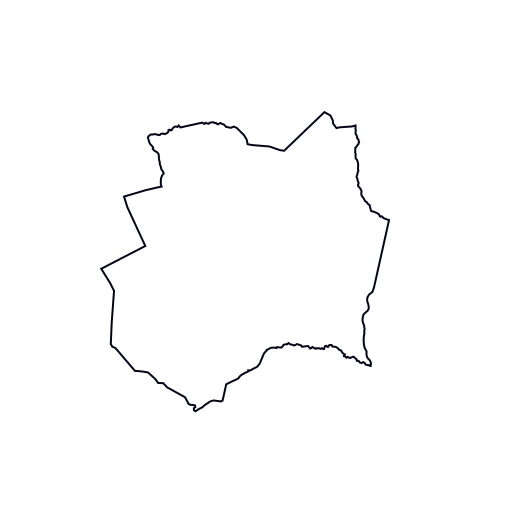 San Sebastián Río Hondo, Oaxaca, Mexico (orthographic projection), rotated 306°
{"feature_id": "50627088B23395103258553", "entity_name": "San Sebastián Río Hondo", "entity_type": "district", "adm_level": 2, "iso_a3": "MEX", "parent_name": "Mexico", "parent_adm1": "Oaxaca", "projection": "orthographic", "projection_center": [-96.416, 16.202], "detail": "fine", "context": "isolated", "style": "outline", "palette": "ink", "viewbox_px": 512, "rotation_deg": 306, "n_neighbors": 0, "source": "geoboundaries", "source_scale": "gbopen_adm2", "svg_char_len": 5072}
<svg xmlns="http://www.w3.org/2000/svg" viewBox="0 0 512 512"><g transform="rotate(306 256 256)"><path d="M412.6,226.8L383.3,221.5L357.7,216.9L355.8,213.4L352.5,202.5L343.5,187.7L341.5,183.5L344.7,180.0L346.7,175.4L348.3,165.2L347.7,162.0L344.9,160.3L342.9,155.9L343.5,152.6L342.9,150.8L342.8,149.3L342.2,148.7L340.3,147.9L339.9,147.1L340.1,145.3L339.5,144.9L339.2,144.0L339.3,143.4L338.8,142.4L336.6,140.2L335.0,139.9L334.0,136.8L332.5,136.6L332.2,134.0L315.6,119.3L316.1,116.7L314.2,116.6L313.9,115.8L313.7,115.1L313.3,114.6L312.7,114.3L312.4,114.1L310.7,113.6L310.3,113.6L309.9,113.6L309.3,113.6L308.2,113.8L307.6,113.3L307.6,112.5L307.2,111.6L306.3,111.2L305.8,111.6L305.4,111.9L304.5,112.1L303.2,111.8L302.8,111.6L302.0,111.2L300.7,110.1L300.5,109.1L300.0,108.3L299.0,107.4L298.6,107.2L298.0,107.1L297.3,107.0L296.8,106.5L296.5,106.0L295.8,103.8L295.7,103.5L295.6,103.2L294.7,102.2L294.0,101.3L293.3,100.8L292.9,100.0L292.3,99.4L291.3,99.1L289.8,98.6L288.4,98.9L287.0,100.6L285.3,102.8L284.4,104.4L283.9,107.1L283.3,109.1L281.9,109.6L281.6,110.9L281.5,112.5L281.8,115.3L281.2,117.2L279.6,118.8L278.0,120.0L276.6,121.3L275.3,123.1L273.8,124.1L273.0,125.5L272.0,126.8L271.0,127.8L270.2,129.4L269.8,130.8L268.6,132.8L265.9,132.7L262.8,133.6L260.4,135.1L257.9,137.0L256.7,138.8L252.4,135.0L244.2,127.9L237.4,122.7L231.2,117.9L226.5,114.3L219.9,123.2L206.9,146.4L199.0,160.6L197.9,160.0L174.1,148.0L173.0,147.5L170.9,146.5L167.9,144.9L154.7,138.3L148.0,154.8L148.0,154.6L144.4,161.6L117.0,178.6L99.4,190.3L99.1,191.1L98.2,192.8L98.9,196.4L91.9,225.6L93.2,227.6L94.5,229.8L95.8,232.1L97.5,235.4L98.2,236.9L98.1,239.5L97.6,243.8L97.3,246.5L96.4,249.7L95.7,251.3L97.4,253.9L98.7,256.0L98.3,256.7L98.1,258.7L97.5,261.2L100.0,281.6L99.1,283.6L98.4,285.0L97.7,286.4L96.7,288.5L96.9,289.5L97.1,290.6L98.1,291.9L98.9,293.6L99.3,294.5L98.2,295.7L96.3,295.2L94.7,296.5L94.8,298.2L99.4,300.1L102.0,301.5L105.4,302.2L111.7,304.6L114.2,306.6L117.8,313.2L119.5,313.9L127.9,310.3L134.7,307.3L141.3,310.8L142.3,311.4L143.4,312.0L144.9,312.8L146.3,313.5L146.5,313.6L147.8,313.6L149.0,313.7L150.5,313.9L152.3,314.6L153.1,315.1L153.3,315.0L153.8,315.3L155.5,316.1L157.1,317.1L158.5,317.7L159.0,317.0L160.4,318.9L162.7,319.8L166.3,321.7L167.4,322.1L169.9,322.2L170.9,322.3L172.3,322.0L174.7,321.4L176.9,320.9L179.3,320.3L182.0,319.7L186.3,320.2L186.5,319.9L188.5,321.1L190.2,321.8L191.5,323.2L193.2,325.5L193.4,326.5L194.7,326.6L195.3,327.9L196.9,330.4L197.3,330.6L200.4,330.5L202.5,332.4L202.9,333.1L204.6,333.4L204.7,335.7L205.1,336.5L205.2,336.8L206.2,339.6L208.9,341.0L209.3,342.5L209.8,343.6L210.2,345.2L209.6,346.6L212.1,349.2L213.7,350.9L213.6,351.8L213.0,354.3L214.2,354.9L215.5,355.0L215.9,358.7L216.2,359.0L216.7,358.9L218.1,360.9L218.4,361.1L218.9,363.0L220.0,363.4L220.5,365.6L220.8,365.7L223.4,364.8L224.5,365.4L224.5,367.4L225.2,367.9L226.2,367.4L227.7,368.3L228.4,369.4L227.9,370.6L227.7,371.0L229.4,374.0L229.5,376.5L229.0,378.6L229.1,378.9L229.6,380.6L229.2,381.0L228.3,383.6L228.6,385.8L226.7,385.9L226.6,386.4L227.1,387.3L227.0,389.1L228.2,389.3L228.7,392.1L231.3,393.5L231.9,394.2L231.7,395.4L231.5,398.3L230.5,399.1L231.4,400.9L230.9,403.0L231.5,404.4L233.1,405.0L233.4,406.7L232.6,408.3L233.3,410.4L234.2,411.6L234.0,412.2L234.2,413.1L234.4,413.4L237.0,411.9L238.4,409.7L238.7,408.1L239.0,406.4L239.5,405.4L241.1,403.4L243.9,401.4L245.1,398.7L245.8,397.6L246.9,396.3L248.6,394.6L250.1,393.5L251.5,392.2L252.7,391.6L254.5,390.4L256.1,389.6L257.3,389.1L258.4,388.0L260.2,387.1L261.3,386.3L262.1,385.4L263.2,384.4L264.2,382.9L265.2,381.5L266.6,379.9L268.3,378.9L269.4,378.3L270.6,377.8L271.5,377.5L273.4,377.5L274.4,377.8L275.6,378.1L277.7,378.5L279.9,378.0L281.6,376.6L283.0,375.1L284.1,373.5L285.4,372.0L286.7,371.2L288.3,370.4L291.2,370.2L292.6,370.5L294.3,371.0L294.8,371.1L295.1,371.3L295.3,371.3L299.8,370.0L363.3,342.5L362.7,340.9L362.0,338.5L361.6,336.5L361.7,336.2L361.9,335.7L362.1,335.0L361.9,334.2L361.5,333.7L361.3,333.7L361.1,333.7L360.9,333.6L361.1,332.3L361.3,332.0L361.6,331.6L361.9,331.3L362.0,330.8L361.9,329.6L361.8,328.4L361.1,325.4L360.4,323.6L360.1,322.8L360.2,322.5L361.6,320.7L363.2,318.7L364.0,317.9L363.9,315.9L364.6,314.2L364.6,311.8L365.7,309.7L366.4,307.7L367.1,305.6L369.1,304.0L370.4,303.3L371.5,301.9L371.7,300.8L372.2,299.8L372.3,299.0L372.5,298.3L372.8,297.2L373.8,296.6L374.5,296.6L375.7,295.8L376.5,294.3L377.9,292.8L378.6,291.6L379.4,290.6L381.5,290.1L382.0,289.8L383.2,289.2L385.2,288.7L386.5,287.2L389.4,285.4L390.3,284.6L391.0,284.0L393.0,281.6L393.3,280.6L393.4,279.5L395.6,277.5L396.6,277.1L397.2,276.6L398.0,275.4L398.7,274.9L400.6,273.7L402.0,272.7L403.1,273.0L405.0,272.9L406.5,273.1L407.4,272.7L408.4,272.6L408.6,272.6L408.9,272.1L409.4,271.4L410.5,270.3L410.7,269.5L410.7,268.7L411.0,268.3L411.6,268.0L412.0,267.6L412.5,266.7L412.8,266.1L413.2,265.0L414.6,263.9L416.4,262.7L416.8,262.4L417.1,262.0L417.8,261.4L418.9,260.6L419.5,260.3L420.1,259.8L417.1,257.4L414.3,254.0L409.3,248.1L408.3,247.2L406.8,245.9L408.4,240.6L410.7,238.6L413.4,233.7L413.2,231.7L412.6,226.8Z" fill="none" stroke="#020617" stroke-width="2"/></g></svg>